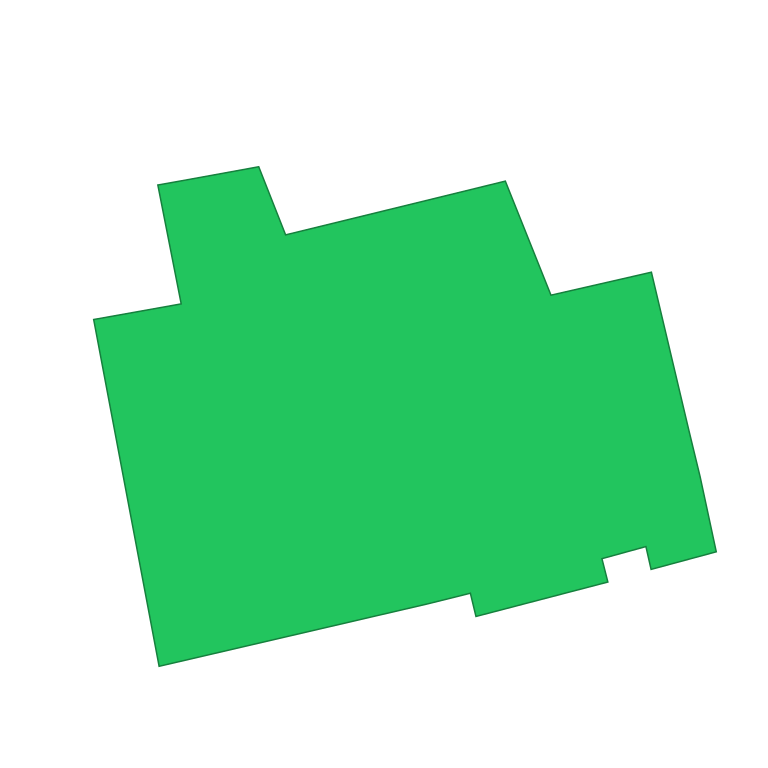 the district of Morrow, Ohio, United States of America, rotated 76°
{"feature_id": "52423323B2612836546555", "entity_name": "Morrow", "entity_type": "district", "adm_level": 2, "iso_a3": "USA", "parent_name": "United States of America", "parent_adm1": "Ohio", "projection": "natural_earth1", "projection_center": [-82.803, 40.529], "detail": "fine", "context": "isolated", "style": "filled", "palette": "green", "viewbox_px": 768, "rotation_deg": 76, "n_neighbors": 0, "source": "geoboundaries", "source_scale": "gbopen_adm2", "svg_char_len": 455}
<svg xmlns="http://www.w3.org/2000/svg" viewBox="0 0 768 768"><g transform="rotate(76 384 384)"><path d="M137.8,532.1L136.2,555.3L257.2,561.4L251.2,650.1L481.0,663.4L603.5,670.5L607.9,394.3L607.9,350.8L631.8,351.0L630.3,214.7L606.2,214.8L605.1,169.2L628.5,169.7L627.2,102.2L550.3,99.7L503.0,99.4L340.2,97.5L340.0,109.1L338.2,200.5L216.5,217.2L216.0,338.4L215.5,443.4L142.9,453.0L137.8,532.1Z" fill="#22c55e" stroke="#15803d" stroke-width="1.5"/></g></svg>